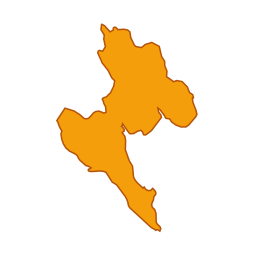 Gwynedd, Equal Earth projection, rotated 264°
{"feature_id": "GBR-2130", "entity_name": "Gwynedd", "entity_type": "Unitary Authority (wales)", "adm_level": 1, "iso_a3": "GBR", "parent_name": "United Kingdom", "parent_adm1": "", "projection": "equal_earth", "projection_center": [-4.085, 52.896], "detail": "fine", "context": "isolated", "style": "filled", "palette": "amber", "viewbox_px": 256, "rotation_deg": 264, "n_neighbors": 0, "source": "natural_earth", "source_scale": "10m", "svg_char_len": 2287}
<svg xmlns="http://www.w3.org/2000/svg" viewBox="0 0 256 256"><g transform="rotate(264 128 128)"><path d="M151.2,196.3L151.2,195.2L146.9,195.2L138.7,197.4L134.4,198.0L132.0,196.5L124.7,188.8L123.0,185.8L123.5,180.8L126.0,175.9L129.4,172.1L132.2,170.6L132.8,170.0L133.5,167.3L133.9,166.5L134.5,166.2L136.2,165.7L142.7,161.9L144.7,159.8L140.5,160.2L137.8,161.9L135.1,162.4L123.0,151.1L120.0,146.2L119.2,144.4L119.7,142.8L122.4,142.1L124.3,140.7L123.9,137.6L122.6,134.5L121.9,133.2L121.9,130.4L122.3,129.1L123.3,128.3L132.7,123.1L131.5,122.8L131.0,122.4L130.5,121.7L128.7,123.2L126.9,124.1L125.3,123.8L124.1,121.7L120.0,124.0L115.7,124.3L106.7,123.1L95.3,125.8L92.6,127.1L89.5,128.5L78.5,128.4L75.3,129.7L72.3,131.7L66.6,136.7L67.2,137.2L67.6,138.0L65.1,139.2L63.6,141.5L63.5,144.0L65.4,146.2L63.4,147.8L62.2,148.5L61.1,148.9L59.2,148.7L57.0,146.6L53.6,145.7L50.6,143.9L48.7,143.5L46.9,143.8L45.7,144.6L44.8,145.5L43.7,146.2L40.2,146.9L31.3,146.2L29.0,147.3L26.8,149.3L24.5,150.1L22.1,148.9L23.7,147.0L23.9,146.1L23.3,144.9L24.3,144.0L26.6,140.7L48.6,121.3L51.0,120.3L54.0,120.1L56.9,119.4L60.0,118.2L72.7,110.7L75.9,106.6L86.2,101.5L87.5,98.9L88.2,95.4L88.5,87.1L89.0,84.8L90.0,84.0L91.1,84.4L91.5,85.8L92.2,87.1L93.5,85.5L94.7,83.2L94.9,82.3L101.2,76.6L103.0,75.6L105.8,74.7L107.9,72.5L111.1,67.4L114.7,64.1L118.9,62.1L123.5,61.0L128.5,60.7L129.8,61.0L131.0,61.5L132.2,61.9L134.2,60.8L137.7,59.6L141.4,58.8L142.7,58.0L143.6,58.6L154.3,67.4L150.6,76.1L146.4,81.4L142.1,85.3L141.5,87.3L141.7,89.6L143.9,92.4L146.6,95.2L147.8,97.7L147.8,101.0L146.2,104.1L145.3,105.6L146.0,107.9L147.8,107.9L151.5,107.9L154.5,106.7L157.6,106.1L159.4,105.4L160.6,106.7L161.2,109.7L164.9,114.3L171.0,118.1L176.3,119.7L179.6,117.1L187.1,114.3L193.0,110.7L195.0,109.3L205.8,105.8L207.6,106.4L208.2,107.7L207.0,110.8L211.2,114.0L218.9,113.2L222.8,114.1L227.9,111.8L228.7,111.4L233.4,112.4L233.9,112.9L232.2,115.3L225.5,120.3L226.9,123.5L228.9,123.8L229.7,125.0L229.3,126.4L226.9,128.2L226.6,134.5L225.5,137.9L223.4,139.9L217.6,140.2L209.7,143.0L208.1,144.5L206.6,149.9L209.3,154.0L210.6,160.6L205.9,167.6L195.5,168.9L190.6,171.4L186.1,171.1L180.4,172.7L175.0,171.7L169.2,178.4L170.1,181.3L168.5,186.7L162.6,191.3L156.8,192.9L154.3,195.9L151.2,196.3Z" fill="#f59e0b" stroke="#b45309" stroke-width="1.5"/></g></svg>